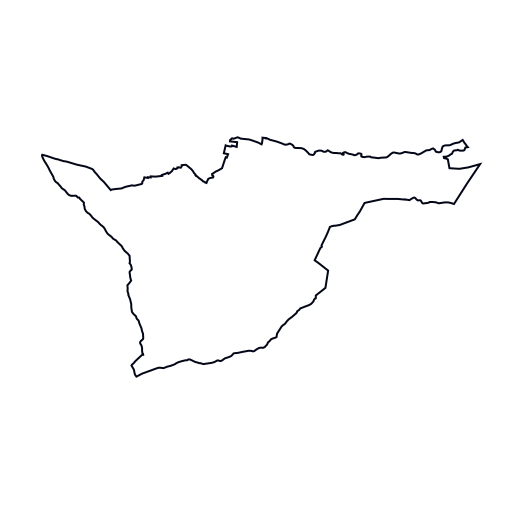 outline of Vicovu De Jos, Suceava, Romania, rotated 3°
{"feature_id": "2599482B64673798461441", "entity_name": "Vicovu De Jos", "entity_type": "district", "adm_level": 2, "iso_a3": "ROU", "parent_name": "Romania", "parent_adm1": "Suceava", "projection": "robinson", "projection_center": [25.712, 47.878], "detail": "fine", "context": "isolated", "style": "outline", "palette": "ink", "viewbox_px": 512, "rotation_deg": 3, "n_neighbors": 0, "source": "geoboundaries", "source_scale": "gbopen_adm2", "svg_char_len": 6095}
<svg xmlns="http://www.w3.org/2000/svg" viewBox="0 0 512 512"><g transform="rotate(3 256 256)"><path d="M463.0,172.5L475.0,152.5L463.4,156.4L454.5,158.3L444.6,158.2L442.5,149.4L441.4,148.9L438.7,148.4L438.3,147.1L441.1,146.8L443.4,145.7L445.1,144.3L446.4,143.6L446.9,142.2L447.3,141.3L448.2,140.4L448.7,140.2L451.0,139.9L451.8,139.4L452.1,139.4L453.7,140.1L456.5,140.0L457.8,139.8L458.6,139.3L459.4,136.8L461.8,136.2L460.5,134.9L460.1,134.2L458.2,132.0L456.3,129.3L453.0,131.8L451.8,132.2L449.4,132.7L448.5,133.0L446.7,133.7L444.3,135.0L443.5,135.3L439.6,135.6L438.7,135.8L437.4,136.3L436.9,136.8L436.5,137.3L435.5,141.8L434.2,142.7L432.8,142.9L430.4,142.5L429.9,142.1L429.8,141.6L429.0,140.5L427.3,139.3L425.5,140.0L424.5,140.7L423.5,141.2L421.6,141.4L420.4,141.7L415.2,145.1L413.1,146.1L411.9,146.2L411.4,146.0L410.0,145.3L408.9,145.0L405.4,144.9L399.7,144.3L398.9,144.4L396.3,145.6L394.7,146.1L393.7,146.2L389.2,145.5L388.0,145.5L387.5,145.5L386.5,146.1L385.2,147.1L384.0,148.4L381.7,150.4L381.1,150.7L375.1,151.4L374.0,151.8L372.7,151.9L369.4,151.6L365.7,151.4L364.9,150.8L363.8,150.8L361.3,151.0L359.4,151.6L357.2,151.5L356.1,151.1L355.8,150.7L355.8,150.4L356.1,149.9L355.9,148.7L355.5,148.4L353.5,148.1L352.6,148.2L351.1,149.6L350.0,150.0L348.7,150.2L347.9,149.8L346.0,149.4L343.5,149.1L341.2,148.3L340.6,147.9L340.0,147.7L339.1,147.7L338.3,148.0L337.6,148.5L338.2,149.7L338.2,150.1L337.6,150.4L336.5,149.9L335.7,149.3L334.9,149.0L332.7,149.1L331.0,148.9L328.5,149.1L326.1,148.7L324.8,148.2L323.1,147.1L322.1,146.7L321.8,146.8L321.0,147.7L320.6,148.0L318.9,148.4L317.7,148.2L315.9,147.4L313.4,147.4L311.9,147.9L309.7,148.9L309.3,149.4L309.4,150.0L309.2,150.5L308.6,151.4L308.2,151.8L307.7,152.1L306.4,152.1L304.2,151.7L303.5,151.3L302.8,150.4L300.9,148.6L298.5,146.8L297.5,146.4L295.4,145.9L289.6,146.0L288.5,145.7L287.9,144.9L287.6,144.1L286.6,143.2L284.7,142.2L284.0,142.0L283.2,142.1L282.7,142.5L281.7,142.9L279.9,143.3L278.9,143.3L275.3,142.0L270.6,140.6L263.9,139.2L261.5,138.2L259.8,138.1L259.9,137.7L256.3,137.5L256.4,139.2L256.1,143.0L255.7,144.2L252.2,142.6L246.5,140.9L243.1,140.0L234.8,139.6L231.5,138.4L227.4,140.1L226.0,139.7L224.1,141.5L224.0,142.9L231.2,143.3L231.0,148.1L226.3,147.0L226.2,147.7L225.7,147.9L224.6,148.0L221.6,147.6L219.9,147.1L218.5,155.1L222.8,155.8L221.7,159.3L220.6,159.0L219.7,161.9L217.5,170.1L213.7,172.6L211.5,173.7L207.8,176.5L208.0,177.5L208.8,178.0L209.1,178.4L209.3,178.9L209.1,179.6L208.9,179.9L207.6,180.1L205.9,180.6L204.3,181.5L203.3,183.9L202.7,185.7L201.2,185.2L201.0,184.8L199.2,184.2L198.7,183.6L197.1,182.5L195.3,181.4L192.2,179.0L191.8,179.1L191.3,178.6L191.3,177.8L189.6,176.2L188.9,174.9L186.9,172.7L181.8,168.9L180.8,168.6L177.0,169.2L177.1,170.5L176.2,171.8L174.2,171.4L172.9,171.7L173.0,172.5L171.3,173.4L169.2,172.9L167.6,175.6L165.5,177.7L164.3,178.5L163.5,177.4L161.2,178.7L157.8,180.0L158.1,180.9L151.5,182.0L146.7,182.0L146.7,183.1L143.9,183.0L143.9,183.7L140.4,183.3L139.9,185.8L139.7,186.3L138.7,187.6L138.5,188.1L138.6,189.4L138.4,189.8L137.9,190.1L131.7,192.0L130.0,192.2L128.6,191.9L121.9,193.8L118.1,195.6L112.6,196.4L108.4,197.2L107.5,197.8L100.3,190.1L96.3,186.7L92.9,182.9L90.3,180.3L89.2,178.8L87.9,177.7L81.3,175.6L72.5,174.2L62.2,171.7L60.9,171.5L59.1,171.4L55.0,170.4L52.8,169.7L52.0,169.8L49.1,169.1L42.1,167.1L37.3,166.1L37.0,166.7L37.4,168.0L38.1,169.5L39.5,171.9L42.1,175.6L44.0,178.5L45.7,181.6L49.5,187.6L49.9,189.2L51.0,191.1L52.1,192.4L54.6,194.0L54.8,194.4L57.4,197.0L58.4,198.4L61.7,200.4L64.0,203.0L65.0,204.1L66.1,204.9L68.3,205.6L73.0,205.2L73.7,205.6L74.9,206.9L75.5,207.0L76.2,206.8L76.6,207.1L77.2,208.1L81.3,211.6L81.4,212.6L81.3,213.7L82.1,215.6L82.5,217.9L83.9,220.2L85.6,221.7L87.2,222.5L88.4,223.5L90.7,226.2L92.5,227.6L96.6,230.4L98.0,231.9L99.5,233.2L100.8,234.0L102.5,235.4L103.6,236.9L104.9,239.2L106.8,241.7L110.8,244.5L112.4,246.2L115.6,247.9L116.8,249.3L121.4,253.2L122.6,255.3L124.5,257.7L127.7,260.2L129.7,262.3L130.3,267.2L130.4,268.5L130.1,269.9L130.9,270.7L131.6,271.8L132.2,273.5L132.5,274.9L132.6,276.1L131.3,277.4L130.6,278.5L130.7,279.4L131.7,284.6L132.6,287.1L130.5,290.3L129.1,291.9L129.5,294.7L129.6,298.2L130.6,300.6L130.5,301.5L132.5,305.7L133.9,310.5L134.2,314.3L135.1,318.4L136.8,320.4L139.0,322.2L139.5,322.9L139.9,324.3L140.6,325.3L142.1,326.6L143.1,329.5L145.3,334.0L146.3,337.4L147.2,339.4L147.7,343.9L147.5,344.9L145.4,347.0L144.8,348.1L144.9,349.3L146.2,351.2L147.0,353.5L147.2,356.6L147.6,358.9L148.3,359.6L148.5,360.6L147.5,360.7L146.9,361.2L141.3,367.0L139.4,369.5L137.7,371.2L137.4,371.9L139.9,375.7L140.2,376.6L140.9,379.5L141.5,381.0L142.9,382.7L148.5,379.4L163.6,373.0L164.8,372.7L166.2,372.6L169.6,372.8L173.3,371.1L176.1,370.3L180.3,368.5L182.1,367.2L184.1,366.1L188.0,364.7L190.2,364.1L191.0,363.8L192.4,363.8L194.3,362.7L195.9,362.9L200.3,364.8L203.7,365.6L204.8,366.0L205.9,365.9L209.1,366.7L217.4,365.0L220.0,364.1L222.9,362.3L223.6,362.3L226.2,362.8L227.8,361.9L230.2,359.9L234.8,358.1L236.7,357.0L238.7,354.5L239.1,354.3L243.0,353.7L247.0,352.6L253.7,351.0L256.3,351.0L258.2,351.4L259.4,350.9L261.3,349.3L264.0,347.6L266.3,347.2L267.6,347.4L269.4,346.6L270.6,345.1L271.6,344.0L272.6,341.5L273.7,340.6L275.5,338.3L277.5,337.3L279.3,336.7L280.7,335.9L281.1,332.4L285.3,325.0L286.0,324.2L288.5,322.2L290.3,319.5L292.0,317.5L295.3,314.8L298.7,311.5L299.6,310.5L300.0,309.1L301.9,307.6L303.0,306.0L311.8,302.1L313.6,300.9L315.7,298.4L316.3,296.4L317.3,295.4L317.9,295.1L317.8,292.3L327.0,284.2L328.8,266.8L319.0,259.9L314.8,257.2L319.3,246.0L320.1,244.3L320.8,243.9L321.3,243.3L320.9,241.9L324.7,233.1L326.6,228.2L328.3,223.1L330.1,222.3L332.6,221.6L333.3,221.7L338.1,220.6L352.8,214.2L354.9,210.2L357.5,205.9L361.6,197.4L363.9,196.7L380.2,192.3L394.7,191.6L402.1,191.9L402.1,191.7L406.3,192.2L408.0,190.9L409.8,189.8L410.8,189.4L411.3,189.4L412.0,189.8L413.5,191.3L414.7,192.0L416.4,191.8L417.3,191.8L417.7,192.1L419.1,194.2L419.7,194.7L420.3,194.8L425.1,193.9L425.9,193.6L426.5,193.0L429.7,192.8L433.0,193.0L435.6,193.8L440.4,192.9L441.2,192.6L444.9,192.4L448.0,192.9L451.0,193.7L463.0,172.5Z" fill="none" stroke="#020617" stroke-width="2"/></g></svg>